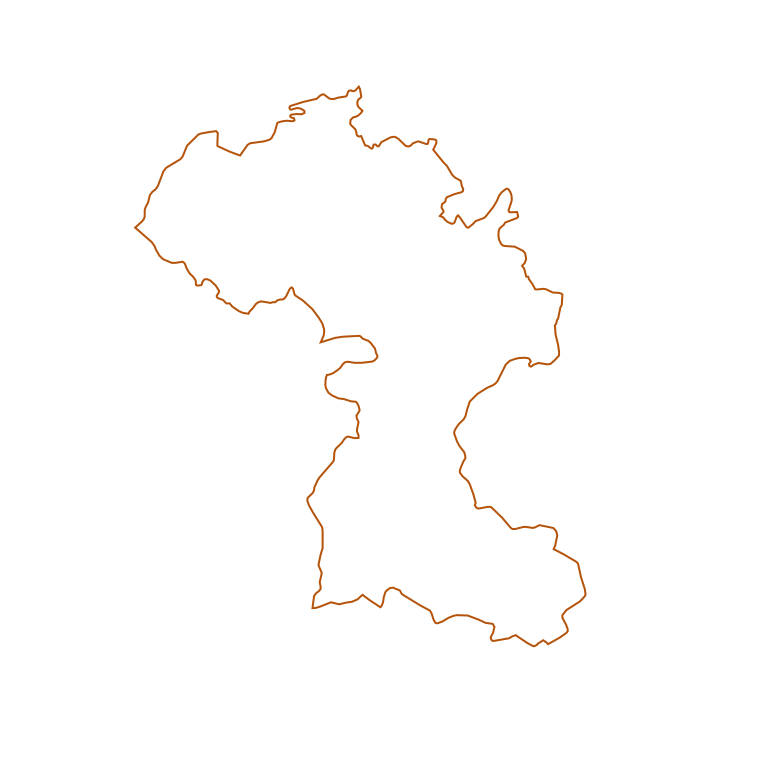 the district of Nghia Hanh, Quảng Ngãi, Vietnam, rotated 344°
{"feature_id": "81297802B973126409201", "entity_name": "Nghia Hanh", "entity_type": "district", "adm_level": 2, "iso_a3": "VNM", "parent_name": "Vietnam", "parent_adm1": "Quảng Ngãi", "projection": "orthographic", "projection_center": [108.781, 14.967], "detail": "fine", "context": "isolated", "style": "outline", "palette": "amber", "viewbox_px": 768, "rotation_deg": 344, "n_neighbors": 0, "source": "geoboundaries", "source_scale": "gbopen_adm2", "svg_char_len": 6131}
<svg xmlns="http://www.w3.org/2000/svg" viewBox="0 0 768 768"><g transform="rotate(344 384 384)"><path d="M493.0,670.4L492.7,665.7L491.0,658.0L491.9,655.2L497.0,651.6L512.7,646.9L518.8,643.2L519.8,641.6L520.5,636.4L520.1,623.9L521.0,610.4L520.4,608.6L519.4,607.4L510.1,597.6L501.6,589.5L503.9,586.7L508.6,577.8L509.0,574.8L508.8,572.6L507.1,569.1L494.7,562.6L489.0,563.5L487.2,563.3L480.9,560.4L478.2,559.8L470.7,559.6L467.4,558.8L466.2,557.2L460.7,545.1L453.2,532.1L451.4,531.1L449.1,530.6L441.0,529.9L439.6,529.2L438.6,528.1L437.9,525.6L439.4,523.4L439.5,514.4L438.8,504.0L437.9,500.4L434.0,494.2L432.6,490.3L432.8,488.6L434.6,485.7L439.0,480.3L441.8,477.8L442.3,475.3L442.3,471.6L439.4,464.3L438.4,459.6L437.8,450.8L439.0,448.3L441.2,446.1L444.6,443.3L451.0,439.8L453.4,437.4L457.1,431.1L461.6,424.5L471.3,419.2L482.0,416.1L488.8,415.1L491.1,414.3L493.8,412.6L506.5,398.8L511.3,396.4L516.9,396.0L521.2,396.3L526.4,397.5L529.6,398.9L530.6,399.9L531.3,402.1L531.3,402.8L528.9,404.8L528.8,406.7L529.8,407.7L530.9,407.7L532.9,406.7L538.5,406.4L546.3,410.1L549.6,410.6L554.8,408.1L559.9,405.0L561.1,401.7L562.1,394.7L562.6,383.5L564.4,374.8L566.1,373.5L568.1,370.0L569.4,369.1L574.8,358.8L576.7,357.0L580.1,347.4L579.7,346.3L577.4,344.7L571.5,342.6L566.1,337.8L564.0,336.6L556.7,335.2L555.5,334.6L554.2,328.8L552.2,323.1L552.2,320.7L550.3,319.9L550.6,312.0L549.3,308.5L552.7,306.4L555.1,303.0L555.7,297.4L554.4,294.4L547.5,288.0L538.0,284.6L536.3,283.5L535.2,281.7L534.4,277.1L534.8,273.3L536.2,269.0L537.7,266.7L538.7,266.0L543.2,263.9L545.0,262.2L557.5,261.1L558.4,260.7L559.2,259.6L559.3,255.4L552.2,253.6L551.5,252.3L551.7,251.2L556.9,243.6L557.8,241.5L558.4,238.8L558.5,236.4L558.3,234.2L557.3,231.1L556.1,230.2L555.0,230.1L549.7,232.3L546.6,234.7L542.7,239.4L537.8,244.0L527.4,251.4L525.5,252.0L516.9,252.7L513.4,254.8L508.2,257.0L507.5,256.8L506.5,255.7L502.9,245.0L501.7,242.3L500.1,243.1L496.3,248.2L495.2,248.8L493.1,248.6L489.7,245.7L488.1,243.2L486.7,240.0L484.0,237.9L488.6,235.0L488.9,234.1L487.9,230.4L489.3,227.2L493.3,225.5L494.5,223.1L495.9,221.8L503.8,220.9L511.5,221.0L512.9,220.5L513.9,218.4L513.4,215.4L513.8,209.9L509.1,205.1L507.2,201.8L504.6,191.7L502.0,186.8L495.9,172.4L500.8,166.8L501.4,164.4L500.8,163.4L499.4,162.6L495.4,161.1L494.3,161.4L492.5,165.0L491.9,165.3L490.2,164.6L484.1,160.3L482.6,160.2L478.2,160.6L475.1,162.3L472.9,162.4L470.5,161.1L465.4,152.3L462.9,149.6L461.7,149.1L458.4,148.7L448.1,150.8L444.5,154.0L443.2,153.7L441.9,151.5L440.0,151.0L438.2,154.0L437.4,154.4L436.6,154.1L433.9,150.6L431.6,149.4L430.4,139.4L428.5,139.3L427.1,138.4L426.4,136.7L426.9,134.1L426.6,131.2L423.5,125.7L423.3,124.2L424.7,120.9L425.8,120.3L428.0,119.2L430.8,119.3L433.5,118.7L436.3,117.3L438.6,115.5L435.8,110.6L435.4,108.8L436.0,105.8L436.9,104.5L437.9,103.4L440.4,102.4L441.4,101.4L442.2,93.8L441.7,91.2L437.5,93.9L435.8,94.2L434.3,93.7L433.1,92.6L431.2,92.5L429.9,93.4L427.8,96.5L426.8,97.1L419.0,96.1L413.9,96.2L411.9,95.5L410.1,94.5L406.0,89.0L404.3,88.7L402.2,89.1L397.9,91.3L384.3,90.6L371.1,90.9L370.1,91.2L369.2,92.3L369.4,94.2L370.5,94.7L375.8,94.7L377.6,95.1L380.1,96.6L382.3,98.9L382.8,99.9L382.2,101.6L379.1,102.0L374.4,100.4L369.0,99.5L367.8,100.3L367.6,101.3L368.4,102.4L370.7,103.7L370.7,105.8L370.1,106.2L368.5,106.2L363.0,104.1L358.3,103.4L353.5,103.5L348.3,111.9L343.5,116.8L341.0,117.6L335.7,117.7L321.7,115.7L318.8,116.5L308.6,124.7L299.8,118.2L289.7,109.5L289.6,108.6L293.4,96.9L292.4,94.7L286.2,93.7L277.2,92.8L274.4,93.0L260.3,100.7L253.0,110.0L249.9,111.9L235.3,115.8L233.6,116.5L230.5,118.9L221.1,131.5L218.3,133.8L214.5,135.3L211.1,137.8L207.3,144.4L203.4,148.5L202.0,150.7L200.0,157.3L198.6,159.3L196.0,161.1L187.9,165.1L199.8,183.5L201.5,188.3L201.7,191.4L203.5,198.8L206.0,203.1L213.4,209.1L217.0,210.1L223.9,210.9L225.0,211.9L225.8,213.9L226.1,218.2L227.6,224.0L230.2,228.6L231.5,232.6L230.6,237.0L232.0,238.1L235.4,238.6L236.7,237.7L237.1,236.4L239.1,234.6L240.8,233.9L243.1,234.6L245.6,236.7L249.4,243.0L251.2,249.1L250.3,250.7L247.7,252.8L247.3,254.0L247.9,255.6L252.4,258.8L254.7,263.1L257.8,263.9L259.6,267.9L264.7,274.0L267.9,276.7L273.1,279.1L274.6,277.4L278.6,275.1L283.0,271.7L285.5,270.8L288.5,270.7L289.8,271.2L297.3,274.8L300.0,274.7L301.7,275.4L304.7,274.2L307.1,274.1L309.9,274.8L311.8,274.4L314.2,272.6L319.8,266.4L321.9,265.7L322.8,267.3L322.7,273.4L323.6,275.0L329.1,281.5L335.9,292.5L339.7,302.7L341.4,308.9L341.5,314.9L340.8,317.6L339.4,320.7L334.7,326.5L349.8,326.2L357.4,327.2L373.5,330.9L374.5,331.7L376.2,334.7L380.8,338.2L382.4,340.5L385.1,347.5L384.9,352.0L385.4,355.4L385.0,356.3L383.4,357.6L381.1,358.8L378.7,359.2L368.0,357.4L361.3,355.4L355.0,352.5L352.4,352.4L349.7,353.7L346.6,356.3L343.0,357.9L337.8,359.6L334.2,359.9L331.6,359.6L330.6,360.9L329.0,363.9L327.2,369.3L327.1,372.3L328.2,377.0L330.9,380.7L336.2,385.2L341.9,387.8L347.6,391.6L352.1,393.3L353.0,395.4L353.5,398.0L353.4,402.2L352.6,403.5L348.8,406.8L348.4,409.4L349.0,413.7L345.4,420.4L345.0,422.3L345.4,426.3L344.6,428.8L340.7,427.9L335.3,424.8L334.1,424.5L332.6,424.9L329.9,426.6L327.1,429.0L320.4,432.6L319.0,433.7L317.3,436.4L315.0,443.0L313.6,444.7L296.4,455.9L293.4,458.5L288.6,464.2L287.4,466.9L285.6,469.0L279.1,472.5L278.1,475.3L278.5,480.3L280.5,488.7L284.9,504.1L285.0,505.6L284.2,509.4L279.8,524.7L275.8,531.0L271.4,539.3L271.1,540.8L272.1,547.9L271.5,549.7L267.6,556.7L267.2,561.3L266.6,563.4L264.7,565.0L261.2,566.3L258.3,568.6L253.5,579.7L256.2,580.4L261.1,580.4L272.9,579.2L280.2,583.4L287.0,583.7L293.3,584.5L299.3,583.7L305.2,580.7L310.5,587.7L319.0,597.6L320.6,596.6L322.9,593.6L324.9,589.1L327.8,584.6L329.5,583.3L333.7,581.8L336.6,582.3L342.3,586.8L343.2,590.7L344.6,592.4L357.9,606.9L365.7,614.5L366.5,617.7L366.7,624.3L367.6,627.8L369.1,628.7L370.7,628.7L375.1,628.3L381.7,626.5L387.1,626.0L390.4,626.3L400.6,629.6L409.9,636.5L415.8,641.6L422.3,644.5L423.3,647.8L420.2,653.3L417.6,655.9L416.5,657.9L416.9,660.2L418.4,661.2L434.1,662.9L437.5,662.0L441.3,661.7L450.4,672.5L454.7,676.7L455.8,677.4L458.7,677.1L460.1,676.1L466.4,674.2L469.2,677.6L470.0,679.3L483.1,676.2L490.5,673.6L492.3,672.4L493.0,670.4Z" fill="none" stroke="#b45309" stroke-width="2"/></g></svg>